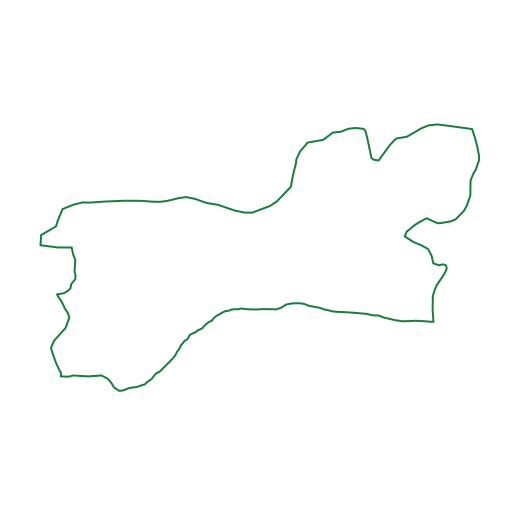 outline of Dishna, Qina, Egypt, rotated 4°
{"feature_id": "37247803B58798403168141", "entity_name": "Dishna", "entity_type": "district", "adm_level": 2, "iso_a3": "EGY", "parent_name": "Egypt", "parent_adm1": "Qina", "projection": "robinson", "projection_center": [32.452, 26.142], "detail": "fine", "context": "isolated", "style": "outline", "palette": "green", "viewbox_px": 512, "rotation_deg": 4, "n_neighbors": 0, "source": "geoboundaries", "source_scale": "gbopen_adm2", "svg_char_len": 3413}
<svg xmlns="http://www.w3.org/2000/svg" viewBox="0 0 512 512"><g transform="rotate(4 256 256)"><path d="M462.7,114.3L443.6,113.0L428.2,112.1L419.2,113.6L412.2,117.0L398.2,126.5L387.5,129.1L382.4,135.2L379.1,140.2L377.3,143.1L371.6,152.2L369.0,151.9L366.1,151.6L364.8,150.3L364.2,149.8L360.8,137.6L358.6,130.1L356.4,123.5L354.5,121.7L346.4,121.3L344.8,121.6L339.2,122.7L332.1,126.1L324.1,127.5L315.0,135.4L299.5,139.3L297.2,142.6L292.6,148.7L289.6,156.7L289.2,162.1L287.5,170.9L286.8,176.9L286.0,184.4L273.0,200.1L266.5,205.1L249.2,213.0L242.0,213.5L232.0,212.2L214.5,207.6L202.7,206.5L193.1,203.8L191.7,203.4L182.5,202.1L180.6,202.5L175.4,203.5L163.8,207.2L156.7,208.6L150.3,209.0L136.8,209.0L127.8,209.6L120.5,210.1L119.5,210.2L100.8,212.3L88.2,214.1L85.9,214.3L79.2,214.7L71.2,217.2L64.1,220.5L59.7,222.8L57.4,229.6L55.8,234.5L54.4,240.4L40.2,250.1L40.3,259.6L40.3,260.3L57.6,261.3L71.5,260.4L73.5,267.3L76.0,272.4L76.0,277.5L76.0,280.7L76.1,284.0L77.3,287.8L77.3,291.7L73.7,296.8L73.1,301.3L70.7,303.9L67.0,306.5L60.3,308.2L61.2,310.0L64.2,313.6L65.6,315.8L67.1,318.2L69.1,321.9L72.1,325.6L74.1,330.2L71.1,341.0L61.6,353.2L60.2,355.1L57.9,362.0L60.0,367.6L64.1,376.9L68.2,384.3L69.6,386.1L69.7,389.6L69.9,389.7L73.8,389.6L77.4,389.5L80.4,388.5L82.1,387.9L85.5,387.9L88.7,387.9L94.3,387.8L97.7,387.8L101.6,387.1L106.6,386.5L110.0,385.9L112.3,386.9L116.6,388.7L119.3,391.4L121.4,393.8L122.4,395.4L123.3,396.8L125.3,398.0L126.9,398.9L128.3,399.9L130.0,399.9L132.4,399.5L135.9,397.9L138.5,396.6L140.2,396.3L143.0,395.5L145.8,395.2L148.9,393.8L150.1,393.3L154.1,391.8L156.3,389.2L158.6,387.5L160.4,386.1L163.5,381.3L164.7,380.0L166.6,378.8L167.3,378.7L169.4,376.6L171.3,374.3L173.7,371.5L176.5,368.3L179.5,364.7L182.4,360.7L184.0,356.9L185.7,354.4L186.7,352.2L187.6,349.7L189.3,347.9L190.3,346.1L191.4,345.1L193.4,343.8L194.0,342.6L195.1,340.0L197.1,338.2L201.4,336.0L202.8,334.4L206.7,332.4L207.9,331.4L208.5,330.2L210.9,327.6L211.0,327.4L213.6,325.2L214.8,324.4L216.2,324.0L217.8,321.4L219.9,319.2L222.0,317.7L225.0,315.7L227.3,314.2L229.3,313.1L231.4,312.7L233.5,312.2L235.0,311.2L237.7,310.7L242.4,310.3L244.7,309.4L246.4,309.5L251.8,309.7L256.5,309.5L260.1,309.3L267.6,308.4L272.4,308.2L277.4,307.8L279.4,308.0L281.9,307.0L284.6,305.9L287.3,303.9L289.4,302.4L293.7,301.1L298.8,300.4L303.1,300.1L307.3,300.4L310.2,301.3L312.8,302.1L315.5,302.3L317.9,302.7L322.2,303.1L325.4,303.8L328.0,304.6L333.1,305.3L336.7,306.0L337.5,306.0L341.2,306.0L342.7,306.0L344.9,305.9L348.3,305.8L352.4,305.8L359.3,305.8L363.8,305.9L367.9,306.0L371.3,306.0L374.1,306.7L376.2,307.0L377.7,307.0L380.4,306.9L382.3,306.7L387.0,308.3L392.9,309.3L399.2,310.3L401.6,310.5L406.2,310.9L411.8,310.4L412.6,310.5L414.1,309.9L416.3,310.0L418.8,309.5L423.2,309.4L429.0,309.3L432.5,309.4L437.4,309.3L437.6,309.2L436.5,301.1L436.1,298.5L436.0,297.7L435.7,293.0L435.5,289.1L435.2,283.4L436.1,279.6L436.6,277.6L438.2,272.7L444.0,262.7L446.4,257.8L446.7,256.5L447.1,254.8L446.1,252.0L443.3,251.3L438.9,252.5L433.4,250.9L431.1,243.4L427.1,237.0L419.7,233.6L412.3,231.2L403.0,226.1L403.6,224.1L404.6,221.2L408.0,218.1L409.2,216.9L412.3,214.0L416.6,210.8L423.6,206.5L434.7,210.6L437.4,210.4L442.8,209.1L448.1,207.8L452.5,205.6L453.7,204.2L460.2,196.5L462.6,191.5L465.6,180.8L465.1,171.9L464.8,165.5L467.1,158.7L469.5,153.7L471.8,144.9L471.6,141.1L469.2,131.7L466.0,122.3L462.8,114.5L462.7,114.3Z" fill="none" stroke="#15803d" stroke-width="2"/></g></svg>